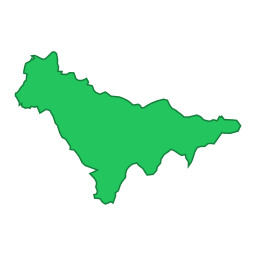 Skoulli, Paphos, Cyprus (orthographic projection)
{"feature_id": "46923920B79729634481944", "entity_name": "Skoulli", "entity_type": "district", "adm_level": 2, "iso_a3": "CYP", "parent_name": "Cyprus", "parent_adm1": "Paphos", "projection": "orthographic", "projection_center": [32.459, 34.975], "detail": "fine", "context": "isolated", "style": "filled", "palette": "green", "viewbox_px": 256, "rotation_deg": 0, "n_neighbors": 0, "source": "geoboundaries", "source_scale": "gbopen_adm2", "svg_char_len": 2355}
<svg xmlns="http://www.w3.org/2000/svg" viewBox="0 0 256 256"><path d="M219.5,116.5L217.2,120.7L213.1,119.8L209.9,121.3L207.1,120.8L203.7,119.9L200.6,116.8L198.2,115.7L196.9,115.1L188.6,117.1L184.1,117.1L181.1,114.4L177.7,111.9L175.6,110.2L172.0,108.3L170.4,106.4L169.0,103.8L167.4,100.3L163.5,99.3L157.1,101.0L151.5,103.2L147.2,105.5L144.3,107.5L141.6,108.0L140.0,105.3L138.1,104.3L135.6,104.7L133.8,105.2L132.0,104.2L129.3,101.8L126.6,100.1L122.1,98.0L119.2,97.0L114.1,96.5L111.1,96.3L110.6,95.9L107.6,93.6L105.3,92.0L99.7,94.3L95.6,92.3L93.6,90.0L92.6,86.7L92.1,85.8L87.3,84.6L88.5,82.1L86.4,78.4L84.2,79.7L81.7,80.5L78.4,80.5L75.9,78.8L74.6,75.0L73.7,72.8L69.3,72.8L67.1,74.4L63.2,74.3L61.2,74.1L62.0,71.5L57.9,71.3L58.5,66.9L57.4,63.7L57.5,59.2L56.4,53.5L54.5,52.0L52.3,52.1L49.8,54.6L47.7,56.7L46.0,58.3L43.9,59.4L41.6,58.8L38.9,57.4L36.3,56.2L34.6,55.5L31.6,55.9L34.2,58.3L32.7,59.7L31.7,58.6L30.8,60.5L28.6,62.1L26.7,62.8L25.5,63.9L25.3,65.3L24.6,66.9L24.5,68.6L23.9,70.8L23.9,73.3L25.2,73.4L27.2,74.2L26.6,75.7L26.5,78.0L26.0,80.5L24.5,81.4L23.3,84.7L20.5,87.9L18.9,90.6L17.1,92.7L15.5,93.3L15.5,94.9L15.4,96.0L16.5,97.2L17.4,98.9L17.8,99.6L18.5,101.1L19.4,102.3L19.3,105.2L21.6,103.6L21.6,105.6L22.5,106.9L24.2,107.5L25.5,108.3L27.1,107.7L28.7,107.7L29.9,108.3L31.3,106.3L34.8,107.2L37.1,106.3L39.9,113.1L46.1,109.3L49.9,110.5L53.5,117.1L55.4,123.2L57.5,125.4L59.7,132.4L62.1,137.3L65.8,139.2L70.4,146.4L70.1,149.4L74.1,149.9L77.3,153.8L79.5,157.1L82.2,162.6L85.1,165.4L97.5,170.0L93.1,172.2L89.9,173.6L94.8,178.8L96.3,181.7L96.6,183.9L95.8,187.1L97.4,190.7L96.7,194.0L93.9,194.7L94.7,198.2L95.7,198.2L99.8,198.6L102.7,202.3L105.5,204.0L110.9,201.7L113.0,203.0L115.4,196.4L115.5,192.7L118.3,190.7L120.3,184.7L122.5,181.1L125.5,177.4L125.5,173.8L126.6,169.9L128.8,166.9L132.3,164.1L136.9,163.0L138.5,165.1L143.1,168.7L145.0,172.0L147.1,175.0L153.1,174.3L153.7,173.6L156.5,170.6L157.3,166.8L160.4,163.4L161.0,159.3L164.0,154.6L168.9,151.2L170.8,149.3L174.4,150.7L179.3,154.1L181.6,155.4L185.3,154.5L186.1,158.4L188.5,161.8L188.4,166.3L190.6,163.1L191.2,162.3L192.7,158.6L194.6,152.3L197.2,147.5L200.9,146.4L204.7,146.4L208.1,143.6L210.9,143.4L214.0,143.8L221.9,132.6L224.0,133.1L230.5,133.2L238.0,131.1L240.6,125.7L236.7,120.4L232.6,120.0L224.3,119.6L221.7,116.3L221.2,117.1L219.5,116.5Z" fill="#22c55e" stroke="#15803d" stroke-width="1.5"/></svg>